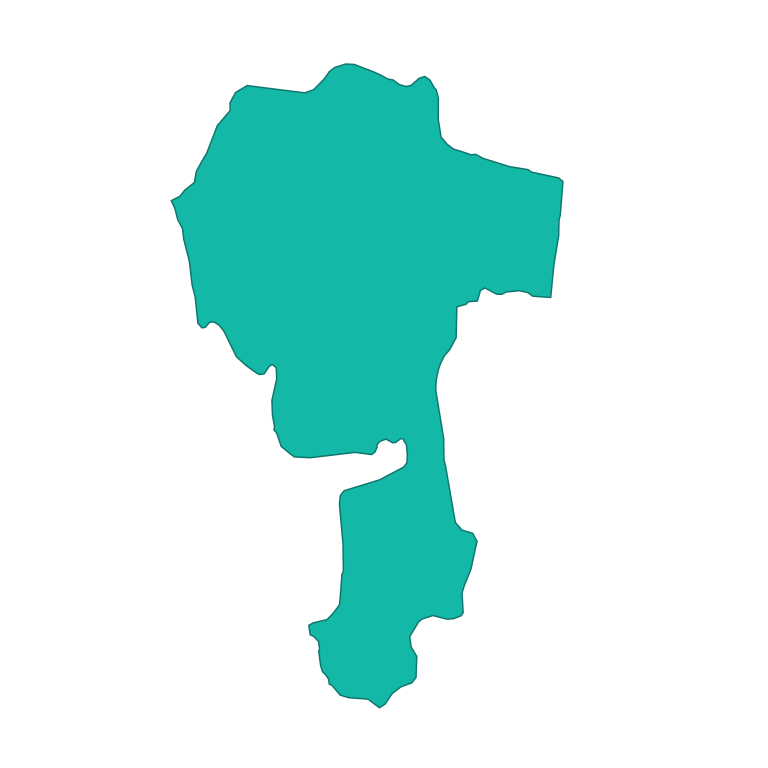 the district of Nueva Santa Rosa, Santa Rosa, Guatemala, rotated 175°
{"feature_id": "79465075B8683235112277", "entity_name": "Nueva Santa Rosa", "entity_type": "district", "adm_level": 2, "iso_a3": "GTM", "parent_name": "Guatemala", "parent_adm1": "Santa Rosa", "projection": "robinson", "projection_center": [-90.272, 14.39], "detail": "fine", "context": "isolated", "style": "filled", "palette": "teal", "viewbox_px": 768, "rotation_deg": 175, "n_neighbors": 0, "source": "geoboundaries", "source_scale": "gbopen_adm2", "svg_char_len": 2293}
<svg xmlns="http://www.w3.org/2000/svg" viewBox="0 0 768 768"><g transform="rotate(175 384 384)"><path d="M272.7,604.8L277.1,604.7L287.7,609.3L294.1,611.8L300.2,617.3L305.6,624.9L306.9,643.0L304.9,664.1L306.4,672.6L308.1,674.7L310.8,680.7L311.7,682.7L316.6,686.8L322.5,685.4L331.1,679.0L336.2,678.5L342.6,680.9L348.5,686.1L353.5,687.4L360.0,691.8L367.3,695.9L385.7,704.9L394.3,706.1L405.2,703.7L411.1,700.1L416.9,693.2L428.3,683.4L437.5,680.9L477.8,689.6L494.3,693.2L506.5,687.3L512.9,677.5L513.4,669.9L527.5,655.9L540.7,629.0L546.8,620.6L552.4,612.2L555.4,601.2L565.5,594.6L571.0,588.8L579.9,585.2L577.0,577.1L575.2,565.8L571.2,556.4L570.9,545.9L567.2,523.4L566.5,499.2L564.5,486.9L564.1,460.9L560.6,455.9L557.1,456.0L554.1,459.0L552.1,460.8L547.8,460.6L542.9,456.7L538.8,450.4L528.6,423.9L519.6,414.3L512.4,408.0L507.7,404.4L502.6,404.5L496.4,412.1L493.1,412.9L490.0,409.6L490.3,399.0L497.1,377.5L497.8,363.0L496.8,350.5L497.7,347.8L495.3,344.8L491.8,330.7L483.6,322.7L479.6,319.2L464.1,317.0L418.7,318.4L402.6,314.8L399.0,316.9L396.3,321.9L396.5,323.7L393.5,327.0L386.9,329.0L380.5,324.7L377.8,324.7L371.9,328.2L369.5,327.4L368.8,325.0L367.0,321.8L366.9,312.1L368.0,303.5L371.7,299.5L396.8,288.9L432.9,281.2L437.2,276.8L438.9,268.2L438.8,234.8L438.7,229.4L440.8,200.7L442.4,198.4L447.3,168.7L449.4,165.8L455.0,159.7L461.2,154.3L475.4,152.2L479.9,150.1L479.4,140.6L476.0,138.7L471.5,132.9L471.3,125.1L472.3,123.7L471.7,109.2L470.3,102.7L467.3,99.2L464.9,94.7L464.7,89.8L462.2,88.5L454.7,77.8L446.1,74.5L427.6,71.5L416.7,61.9L410.6,65.2L403.3,74.4L401.4,75.8L393.4,80.9L382.3,83.9L377.7,88.8L375.1,109.7L379.9,119.8L380.4,130.2L370.1,144.2L366.4,146.6L355.5,149.1L341.7,144.2L334.9,144.2L327.4,146.4L325.1,149.2L324.5,168.9L321.6,176.2L313.5,192.0L306.5,214.7L305.0,219.1L308.7,227.6L318.9,231.5L325.0,239.8L329.9,297.8L330.9,303.2L329.3,324.4L333.0,373.4L331.9,381.9L330.3,388.2L328.1,394.6L325.7,399.9L321.4,406.9L315.8,412.2L308.1,423.9L304.7,454.5L295.4,456.3L292.7,458.6L283.8,458.5L279.7,468.9L275.0,470.8L264.0,463.7L258.8,463.1L254.2,465.0L241.2,465.2L232.9,462.6L228.1,458.5L210.4,455.7L204.4,487.8L197.1,516.4L195.4,531.7L193.6,537.2L188.1,570.1L192.0,574.0L218.5,582.2L221.9,585.0L240.4,589.7L265.8,600.2L272.7,604.8Z" fill="#14b8a6" stroke="#0f766e" stroke-width="1.5"/></g></svg>